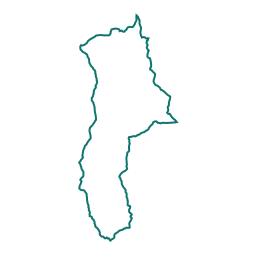 Shingkhar, Shemgang, Bhutan
{"feature_id": "84629894B47600985586733", "entity_name": "Shingkhar", "entity_type": "district", "adm_level": 2, "iso_a3": "BTN", "parent_name": "Bhutan", "parent_adm1": "Shemgang", "projection": "robinson", "projection_center": [90.924, 27.213], "detail": "fine", "context": "isolated", "style": "outline", "palette": "teal", "viewbox_px": 256, "rotation_deg": 0, "n_neighbors": 0, "source": "geoboundaries", "source_scale": "gbopen_adm2", "svg_char_len": 5729}
<svg xmlns="http://www.w3.org/2000/svg" viewBox="0 0 256 256"><path d="M176.8,122.1L175.2,120.1L172.7,118.1L171.3,116.3L170.7,115.5L170.3,114.6L169.8,114.0L169.5,113.8L169.1,114.0L168.2,113.8L167.5,113.2L167.1,112.6L167.2,112.4L167.5,112.1L168.1,110.9L168.3,109.7L167.8,107.8L167.8,106.8L168.7,105.6L168.9,105.1L168.9,102.4L169.9,99.3L170.3,96.8L170.0,96.3L168.8,95.7L167.0,94.4L164.3,91.7L161.8,90.0L160.9,89.8L159.9,87.8L159.0,86.9L158.0,86.1L157.2,85.6L156.0,85.2L155.3,84.7L154.1,82.9L153.6,81.8L153.7,79.9L154.6,77.2L154.9,75.8L155.1,74.1L154.3,73.0L152.9,71.8L151.8,70.4L151.2,70.1L150.3,69.6L150.1,68.8L150.2,68.2L151.0,66.9L151.2,64.7L150.9,63.2L150.9,62.2L150.8,61.5L150.5,60.7L150.5,60.2L150.2,59.6L150.1,58.5L148.2,57.6L147.6,56.9L147.4,56.5L147.4,54.7L148.1,52.3L148.2,51.4L148.8,50.6L147.9,49.7L146.8,47.8L146.9,46.7L147.3,45.7L147.7,45.2L147.3,44.2L146.7,43.4L146.5,42.9L146.6,42.4L146.9,40.9L147.4,40.9L147.6,40.5L148.4,38.3L147.3,38.3L146.2,38.5L145.8,38.2L144.9,37.4L144.3,37.2L143.2,37.1L142.0,37.6L141.1,35.8L140.3,32.4L140.7,30.6L140.9,28.8L141.1,27.7L140.0,25.2L139.5,23.8L139.6,22.5L139.5,21.7L139.6,20.2L139.0,19.5L138.3,17.9L137.9,16.8L137.1,15.9L136.5,15.4L136.4,17.3L136.5,20.4L136.0,21.3L135.4,22.4L135.0,23.2L134.8,24.1L133.6,26.0L133.4,26.4L132.9,26.9L132.6,27.1L129.3,26.9L127.8,27.4L127.4,27.8L126.5,29.6L125.3,30.4L124.5,31.6L123.5,31.7L122.9,31.6L122.6,31.4L121.9,30.7L121.6,30.6L119.8,31.2L119.6,30.9L119.6,30.2L119.1,29.5L118.8,29.2L117.8,29.0L117.0,28.7L115.0,28.6L111.6,29.4L110.9,31.4L110.6,31.8L110.7,33.1L110.6,33.5L110.1,34.0L109.9,34.7L109.4,35.1L108.9,35.3L106.5,35.3L104.6,35.4L100.3,35.0L96.9,35.4L95.7,35.8L95.4,36.4L95.2,36.5L93.6,37.3L92.3,38.3L91.8,38.5L91.5,38.4L89.8,39.6L88.2,40.8L87.6,41.7L87.1,42.7L85.8,43.9L84.7,44.7L82.7,45.5L81.7,45.5L81.0,45.7L80.9,45.5L80.3,46.4L80.3,47.9L80.4,48.9L80.6,49.5L81.0,50.1L81.7,50.4L82.7,52.0L83.7,52.3L84.9,52.9L85.9,53.8L86.5,54.0L87.1,54.8L87.5,56.0L87.6,56.8L89.0,59.0L89.4,63.0L90.3,64.4L90.5,65.0L91.5,66.5L92.0,66.8L92.6,67.5L93.0,68.4L93.4,69.0L94.2,69.9L94.6,70.1L95.0,70.8L95.1,71.3L95.4,71.9L95.4,72.3L95.2,73.5L95.7,74.3L95.9,76.8L96.5,78.2L96.7,79.0L96.6,80.2L96.9,80.8L97.2,82.1L96.8,83.1L96.7,83.8L96.3,84.4L95.7,85.8L95.6,86.6L95.8,86.9L95.9,87.5L94.5,89.4L94.0,90.5L93.9,91.4L93.7,91.8L93.7,92.3L93.8,93.4L93.6,93.9L93.3,94.3L93.1,95.7L92.3,97.4L91.9,97.7L91.8,97.9L91.7,99.4L91.7,100.0L92.1,101.0L93.3,102.5L93.4,103.3L94.5,106.7L94.8,111.0L95.0,112.5L95.5,114.5L96.0,118.2L96.0,119.9L95.2,120.7L94.4,122.4L92.0,125.7L90.6,127.0L90.1,127.6L89.7,128.7L89.5,130.3L89.6,131.8L90.5,135.3L90.6,136.8L90.6,138.2L90.3,138.9L88.7,140.6L87.4,142.6L86.2,144.9L85.3,145.4L84.8,146.2L84.3,148.1L83.6,149.4L82.9,152.0L82.6,154.7L82.3,155.9L82.8,156.7L82.9,157.2L82.8,157.8L82.1,158.7L81.2,159.6L80.7,160.7L79.8,161.7L79.2,162.6L80.4,164.4L80.8,166.1L81.2,166.9L81.3,167.6L81.5,168.6L82.0,169.7L83.0,171.1L83.3,171.8L83.5,173.5L83.3,176.0L82.9,176.7L81.4,178.2L80.4,179.5L80.4,179.9L80.5,180.3L81.4,181.0L81.5,181.4L80.5,184.3L79.7,185.8L79.3,188.1L79.6,188.8L79.9,189.1L80.6,189.7L81.0,190.0L81.6,190.2L83.1,190.1L84.1,190.5L84.5,190.8L85.7,192.7L86.6,193.8L86.6,195.3L86.8,195.9L87.0,198.3L87.0,199.9L87.4,201.4L87.4,202.7L88.0,204.3L88.5,205.4L88.6,205.9L88.3,207.1L88.7,207.8L88.9,208.6L88.8,210.2L89.5,211.1L89.6,211.8L89.9,212.7L89.9,213.2L89.5,214.0L89.7,215.3L89.7,216.1L91.4,216.6L91.7,216.9L91.9,217.2L92.1,218.3L92.4,218.8L92.8,219.3L93.2,219.6L93.5,219.6L93.8,220.6L94.5,221.7L94.6,222.2L94.5,223.0L94.5,223.4L94.8,224.0L95.3,225.0L95.3,225.4L95.2,226.2L95.7,226.6L96.2,227.5L96.7,227.7L97.6,228.4L98.1,229.5L99.0,230.4L99.5,231.8L99.8,232.3L99.8,234.1L99.9,234.7L100.2,235.1L101.3,236.3L102.0,236.6L103.4,236.7L103.7,237.0L104.0,237.5L104.8,238.3L105.6,238.3L106.6,237.5L106.9,237.5L107.3,238.3L107.7,238.5L108.5,238.3L109.1,238.5L109.6,239.9L110.5,240.6L111.2,239.7L113.8,238.2L114.1,237.8L114.4,237.0L114.3,235.6L114.3,235.2L114.8,234.2L115.8,233.3L117.6,232.3L118.8,231.1L119.4,230.7L120.1,230.4L122.5,229.8L123.1,229.4L123.8,228.6L124.3,228.4L125.5,228.5L126.3,227.7L126.5,227.7L128.7,227.8L129.5,227.7L129.6,227.4L129.7,226.8L129.5,224.9L129.3,224.1L129.4,222.9L130.0,221.8L130.6,221.0L131.0,220.2L131.8,218.3L131.7,218.0L131.4,217.6L130.7,217.2L130.5,216.7L130.5,216.2L131.6,215.0L131.7,214.6L131.7,214.3L130.9,213.5L130.0,212.8L129.4,212.3L129.2,211.9L129.1,209.8L129.4,209.1L130.0,208.2L130.2,207.2L130.2,206.5L130.1,206.2L128.0,205.5L127.7,205.2L127.7,204.3L127.8,200.9L127.4,200.1L127.4,198.4L126.5,197.1L126.7,194.9L126.6,193.7L126.4,193.1L125.6,192.1L125.5,191.7L125.7,190.2L125.6,189.8L124.0,187.9L122.5,185.7L122.4,185.2L121.8,183.9L121.7,181.8L121.4,180.9L120.9,180.1L120.5,179.4L120.4,178.3L120.2,177.9L119.4,177.1L119.4,176.3L120.4,174.5L121.9,172.8L123.0,171.9L125.2,170.9L125.8,170.2L127.0,169.2L127.1,168.7L127.1,168.4L126.5,166.4L126.5,165.8L126.8,165.2L126.9,164.3L126.7,163.1L126.6,160.8L126.4,158.8L126.4,158.0L126.7,156.2L127.2,154.9L127.1,153.7L127.2,153.2L127.6,152.4L129.0,151.2L129.2,150.3L129.0,148.3L129.0,146.2L129.2,145.2L129.8,143.7L129.3,142.6L129.3,141.3L129.4,140.3L129.3,139.8L128.8,139.0L128.6,138.5L129.2,137.0L129.5,136.9L130.7,137.0L133.2,136.2L133.7,136.1L134.3,136.3L135.6,136.3L137.1,135.5L137.2,135.2L137.6,134.9L138.9,134.7L139.4,134.5L141.5,132.9L144.7,131.9L145.0,131.6L146.0,130.7L146.6,130.5L148.0,129.7L148.6,128.8L148.8,128.2L150.7,125.6L151.7,124.9L152.4,124.2L153.2,122.4L153.7,121.9L154.7,121.5L155.3,121.4L156.5,121.4L156.9,122.0L158.2,123.0L158.6,123.0L159.1,122.9L160.5,123.3L161.4,123.2L161.9,122.9L164.6,122.8L166.6,123.0L167.5,122.9L169.6,122.9L170.5,122.7L172.0,122.7L173.9,122.4L175.0,122.5L176.8,122.1Z" fill="none" stroke="#0f766e" stroke-width="2"/></svg>